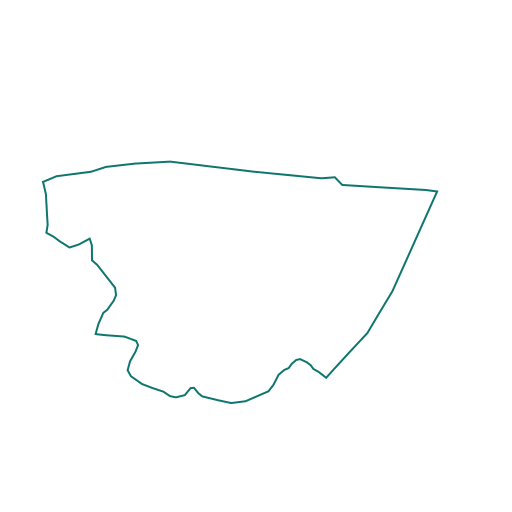 As Serief, North Darfur, Sudan, rotated 342°
{"feature_id": "16777658B191743768731", "entity_name": "As Serief", "entity_type": "district", "adm_level": 2, "iso_a3": "SDN", "parent_name": "Sudan", "parent_adm1": "North Darfur", "projection": "albers", "projection_center": [23.384, 13.974], "detail": "fine", "context": "isolated", "style": "outline", "palette": "teal", "viewbox_px": 512, "rotation_deg": 342, "n_neighbors": 0, "source": "geoboundaries", "source_scale": "gbopen_adm2", "svg_char_len": 1774}
<svg xmlns="http://www.w3.org/2000/svg" viewBox="0 0 512 512"><g transform="rotate(342 256 256)"><path d="M355.3,205.5L342.2,202.3L279.4,174.9L236.9,155.2L226.6,150.4L203.5,139.7L169.4,130.7L140.8,124.9L125.2,124.9L91.1,118.5L76.3,119.7L76.3,120.2L76.1,122.9L75.7,127.7L75.2,132.8L73.7,138.3L73.3,139.6L72.8,141.7L69.5,154.1L68.8,156.9L67.4,162.2L67.2,162.5L67.0,162.9L66.9,163.1L66.3,164.3L66.1,164.7L66.0,164.9L65.8,165.3L64.7,167.4L64.3,168.1L64.2,168.4L63.8,169.1L65.6,171.1L65.8,171.2L66.7,172.2L69.3,174.9L71.0,177.3L72.4,179.3L72.6,179.6L72.7,179.8L72.9,180.1L73.0,180.2L73.1,180.4L73.3,180.6L73.5,180.9L73.8,181.3L75.0,182.8L76.1,184.0L76.5,184.5L76.7,184.8L81.3,190.3L81.7,190.3L86.5,190.3L91.1,190.3L103.2,188.1L103.2,190.5L103.2,192.9L103.2,195.0L102.7,196.7L102.6,197.0L102.1,198.7L99.2,207.8L99.2,208.0L99.1,208.3L98.9,209.0L98.7,209.5L98.9,209.7L100.0,211.7L102.2,215.3L104.8,222.4L108.4,232.3L112.2,242.7L112.1,243.0L110.8,250.0L110.2,250.7L106.8,254.6L97.9,261.2L93.2,262.9L85.0,272.1L80.7,278.6L79.4,280.7L80.8,281.4L89.1,285.1L104.1,291.2L106.0,292.0L115.8,299.8L116.3,304.3L111.8,309.8L103.7,317.2L98.6,325.0L99.9,331.7L108.0,342.5L116.5,349.4L126.0,356.4L130.9,362.7L136.3,365.7L145.3,366.3L153.1,361.4L156.3,362.2L158.7,368.5L161.5,372.9L175.1,381.3L187.0,388.2L201.2,390.9L226.1,388.5L232.8,383.9L240.8,375.9L247.8,373.1L252.4,372.7L256.8,369.5L262.2,367.3L266.1,367.7L271.6,372.9L274.3,376.8L275.7,381.2L279.7,385.5L285.1,393.5L295.5,387.5L307.2,380.9L309.0,379.9L309.3,379.7L311.3,378.6L316.6,375.6L334.5,365.7L336.3,364.7L336.5,364.6L338.1,363.7L348.9,354.2L352.2,351.3L353.1,350.5L365.2,340.0L374.8,331.7L399.9,304.0L425.3,275.9L448.2,250.6L437.9,245.7L394.0,228.5L360.0,215.1L355.3,205.5Z" fill="none" stroke="#0f766e" stroke-width="2"/></g></svg>